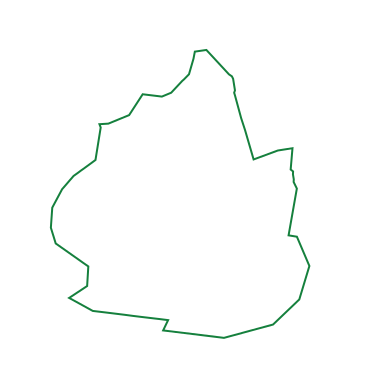 outline of Kings, New York, United States of America, rotated 14°
{"feature_id": "52423323B42930074476451", "entity_name": "Kings", "entity_type": "district", "adm_level": 2, "iso_a3": "USA", "parent_name": "United States of America", "parent_adm1": "New York", "projection": "mercator", "projection_center": [-73.962, 40.654], "detail": "fine", "context": "isolated", "style": "outline", "palette": "green", "viewbox_px": 384, "rotation_deg": 14, "n_neighbors": 0, "source": "geoboundaries", "source_scale": "gbopen_adm2", "svg_char_len": 1004}
<svg xmlns="http://www.w3.org/2000/svg" viewBox="0 0 384 384"><g transform="rotate(14 192 192)"><path d="M160.8,55.1L161.2,62.3L160.6,78.5L156.9,84.8L155.7,86.5L147.8,100.7L139.7,106.7L120.5,109.1L112.4,132.6L103.0,139.5L94.3,145.9L85.8,148.6L87.8,151.5L90.6,184.3L80.6,196.3L79.2,197.9L76.6,201.1L73.2,205.1L71.4,208.7L71.0,209.4L70.4,210.6L70.2,211.0L69.6,212.2L68.9,213.6L68.4,214.6L65.3,220.7L61.9,234.2L60.2,241.0L63.7,260.8L67.5,267.1L68.0,267.9L72.2,274.9L101.6,286.3L102.6,286.7L109.4,289.3L113.0,308.6L110.9,310.9L98.4,324.5L124.5,331.4L139.6,329.5L156.7,327.4L164.7,326.5L173.6,325.4L186.9,323.7L191.5,323.1L199.8,322.1L197.5,333.3L258.3,325.8L302.7,301.0L322.1,270.3L323.8,235.4L304.6,210.0L296.2,210.7L292.9,163.3L288.2,157.7L287.7,155.1L285.7,150.5L285.1,147.6L282.3,146.3L278.9,125.2L265.2,131.0L243.9,145.5L228.5,119.1L221.8,108.4L210.9,88.9L210.4,88.0L208.9,85.5L209.1,83.0L204.5,72.2L202.7,70.1L199.4,68.9L171.6,50.7L160.8,55.1Z" fill="none" stroke="#15803d" stroke-width="2"/></g></svg>